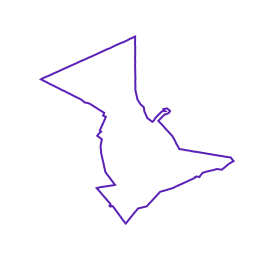 Ana, Al-Anbar, Iraq (Mercator projection), rotated 140°
{"feature_id": "34846034B40379251126698", "entity_name": "Ana", "entity_type": "district", "adm_level": 2, "iso_a3": "IRQ", "parent_name": "Iraq", "parent_adm1": "Al-Anbar", "projection": "mercator", "projection_center": [41.794, 34.329], "detail": "fine", "context": "isolated", "style": "outline", "palette": "violet", "viewbox_px": 256, "rotation_deg": 140, "n_neighbors": 0, "source": "geoboundaries", "source_scale": "gbopen_adm2", "svg_char_len": 2809}
<svg xmlns="http://www.w3.org/2000/svg" viewBox="0 0 256 256"><g transform="rotate(140 128 128)"><path d="M68.4,34.8L68.3,37.8L68.3,39.5L68.7,39.9L71.0,42.4L73.7,45.6L76.5,48.9L78.9,51.6L80.8,53.9L83.0,56.4L85.4,59.3L87.2,61.4L89.2,63.8L90.9,65.7L92.6,67.5L94.3,69.5L95.7,71.4L97.8,73.6L99.2,75.5L100.6,77.1L102.2,78.8L101.6,81.6L101.1,84.9L100.3,87.7L99.7,90.6L99.2,93.2L99.4,97.3L99.5,100.3L99.7,103.9L99.8,108.3L100.0,111.4L100.2,113.9L97.9,114.2L95.2,114.5L92.3,114.7L91.2,114.8L89.8,114.0L87.9,113.5L86.7,113.3L84.8,114.0L85.3,117.0L85.6,118.0L87.2,118.8L88.8,119.7L89.1,118.5L88.8,117.2L90.4,118.4L91.3,118.9L94.2,118.7L97.0,118.5L98.8,118.3L100.5,118.1L102.5,117.4L103.7,117.0L104.4,117.0L105.4,117.1L105.8,118.9L106.3,121.0L106.8,123.2L106.0,125.9L105.3,128.3L104.9,130.0L103.8,131.7L102.6,133.7L102.9,136.0L103.2,138.2L102.8,140.7L102.4,143.8L101.4,145.7L100.2,147.9L99.0,150.4L97.7,152.7L95.8,154.8L94.1,157.0L92.6,158.9L91.0,160.6L89.3,162.6L88.1,164.3L85.8,167.0L84.1,169.2L81.8,172.0L79.6,174.4L77.9,176.7L76.0,178.8L74.0,181.2L70.8,184.9L69.3,186.9L67.8,188.8L66.2,190.6L64.0,193.3L63.8,193.5L66.3,194.2L69.2,195.0L71.7,195.5L76.0,196.6L79.7,197.9L83.2,198.9L87.3,200.0L90.2,200.6L93.5,201.8L97.2,202.8L100.5,203.7L104.1,204.6L107.2,205.5L110.2,206.3L114.0,207.5L117.8,208.5L121.9,209.8L125.6,210.7L130.3,212.1L134.8,213.3L139.2,214.6L144.1,215.9L146.5,216.6L149.1,217.4L153.5,218.5L157.4,219.7L160.9,220.8L163.4,221.2L162.3,218.6L161.2,216.2L160.2,213.6L159.3,211.3L157.9,208.5L156.9,205.9L155.3,202.4L154.2,199.4L152.9,197.1L152.1,194.9L151.3,193.1L149.9,190.0L148.8,187.1L147.3,183.8L145.8,180.5L145.2,178.3L144.8,175.4L143.3,173.7L142.2,172.1L141.1,169.5L140.4,166.9L139.3,163.8L138.5,160.9L137.3,157.5L136.5,154.9L139.1,153.4L137.8,150.8L139.5,149.9L141.7,148.8L143.9,147.7L146.7,146.4L149.0,145.3L151.3,144.1L151.0,142.4L152.4,142.5L154.6,142.3L156.6,141.8L156.1,139.8L155.3,136.2L158.9,133.2L160.8,131.6L163.7,127.4L165.1,125.5L165.6,124.1L166.7,122.2L168.1,119.5L169.2,117.2L171.3,113.4L172.3,111.3L173.7,108.6L173.9,104.0L174.1,100.0L174.3,96.8L174.5,92.8L176.6,93.9L178.7,95.2L180.8,96.5L183.6,98.2L186.8,100.2L190.6,102.1L190.3,80.8L191.2,80.5L192.2,80.3L192.1,79.2L191.4,78.8L190.9,78.8L189.9,77.8L190.0,76.5L190.5,68.4L191.1,60.2L191.2,56.3L190.3,56.4L187.4,57.0L178.3,58.8L173.2,59.7L172.0,59.9L171.8,59.8L171.6,59.7L164.3,56.1L163.9,55.9L162.7,56.1L161.5,56.3L155.7,57.0L145.5,58.3L145.2,58.4L144.2,58.5L143.9,58.3L139.6,56.3L133.5,53.7L131.4,52.9L129.4,52.5L126.2,51.6L120.1,49.9L119.7,49.8L118.8,49.5L117.2,49.1L109.1,46.9L108.0,46.9L108.0,47.2L107.0,47.0L106.4,46.5L104.8,44.5L103.7,44.9L99.7,45.7L96.2,44.3L94.7,43.4L91.6,42.0L89.8,40.9L86.7,39.7L85.6,38.7L83.0,35.8L80.9,35.7L76.6,35.7L73.9,35.7L70.5,35.2L68.4,34.8Z" fill="none" stroke="#5b21b6" stroke-width="2"/></g></svg>